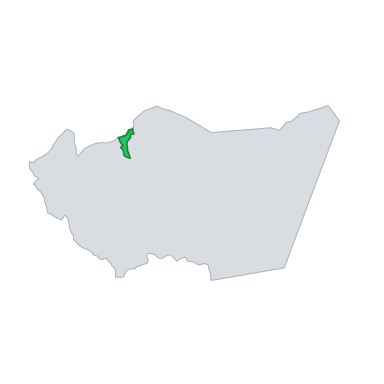 Haraze-Al-Biar, Hadjer-Lamis, Chad shown in context, rotated 81°
{"feature_id": "50815135B49730685193773", "entity_name": "Haraze-Al-Biar", "entity_type": "district", "adm_level": 2, "iso_a3": "TCD", "parent_name": "Chad", "parent_adm1": "Hadjer-Lamis", "projection": "robinson", "projection_center": [14.887, 12.589], "detail": "fine", "context": "in_parent", "style": "filled", "palette": "green", "viewbox_px": 384, "rotation_deg": 81, "n_neighbors": 0, "source": "geoboundaries", "source_scale": "gbopen_adm2", "svg_char_len": 5565}
<svg xmlns="http://www.w3.org/2000/svg" viewBox="0 0 384 384"><g transform="rotate(81 192 192)"><path d="M281.4,112.8L281.5,121.5L281.6,130.3L281.7,139.0L281.8,147.8L282.0,156.5L282.1,165.3L282.2,174.1L282.3,182.8L282.3,185.7L282.1,186.9L282.1,187.0L281.7,187.2L277.6,186.4L275.8,186.4L273.4,187.0L269.7,187.3L267.3,187.2L265.7,188.7L264.4,190.6L265.1,194.9L264.9,196.4L264.5,197.9L263.4,199.1L262.2,200.2L261.6,201.1L260.8,203.0L260.2,204.0L260.2,205.2L260.0,206.5L259.4,207.2L257.7,207.7L256.6,208.2L255.7,209.2L255.1,209.9L255.4,210.8L255.9,212.0L256.1,214.0L256.3,215.1L257.2,216.0L257.7,216.7L257.9,217.5L257.4,218.2L255.3,219.6L254.4,220.1L253.5,220.8L253.1,221.1L251.6,222.4L250.8,223.6L250.5,224.6L250.5,226.0L251.3,228.0L252.2,229.7L252.5,231.0L252.7,232.5L252.6,233.8L252.2,235.0L251.4,236.1L248.6,238.1L247.2,240.3L246.0,243.0L245.8,244.4L246.1,245.4L246.7,246.2L247.6,246.6L248.8,246.7L250.9,246.3L252.8,246.0L254.9,247.0L255.9,249.2L255.5,250.8L256.3,253.8L257.1,257.4L257.0,258.6L257.3,259.1L258.6,259.3L258.9,260.1L258.5,266.4L259.1,268.2L260.0,269.4L261.0,270.1L262.0,270.9L262.5,271.5L263.6,271.6L264.9,272.8L265.2,274.3L265.2,275.8L264.4,279.0L263.9,281.1L263.1,281.0L261.6,280.5L259.8,280.0L257.5,279.6L255.4,280.5L253.1,281.6L252.4,282.5L251.7,283.0L250.7,282.9L249.8,283.0L249.3,283.8L248.4,284.7L245.1,286.6L244.4,287.2L244.0,287.9L244.0,288.6L244.4,290.1L244.4,292.0L243.6,293.5L242.8,294.5L241.8,294.9L241.0,295.1L240.4,295.7L238.7,299.2L238.0,299.8L236.4,299.7L232.1,304.8L231.6,306.3L230.0,308.5L228.0,310.9L226.2,312.0L226.1,312.5L225.6,312.9L224.5,313.4L220.6,316.3L215.9,316.2L213.9,317.3L211.9,317.9L209.0,318.4L208.1,318.4L204.3,318.6L199.9,318.5L198.2,318.9L196.7,320.0L195.5,321.0L195.3,321.3L195.5,321.7L195.5,322.0L198.5,324.4L199.3,325.6L198.5,326.7L198.2,326.9L197.6,327.8L195.8,330.5L193.1,333.7L191.7,334.6L191.1,335.2L190.4,337.3L189.9,337.6L188.0,337.8L184.3,338.1L179.1,338.7L176.0,339.0L174.1,338.8L171.4,340.2L170.4,340.6L169.8,340.7L167.2,342.1L164.9,344.3L164.1,344.7L161.0,345.6L159.8,347.1L159.2,347.3L157.2,345.3L155.8,343.5L155.1,341.7L155.0,341.1L154.7,341.2L153.6,342.0L152.6,342.9L152.2,344.7L148.9,345.8L146.1,346.9L144.9,348.1L142.9,348.8L140.4,348.5L138.5,348.0L136.6,347.8L137.5,346.2L137.9,345.0L138.0,343.6L137.8,342.6L136.7,342.1L136.0,341.4L134.4,336.8L132.7,332.1L130.3,327.5L127.8,324.6L125.9,322.8L125.3,322.5L124.4,322.0L123.7,321.5L120.3,318.3L116.8,314.8L115.9,313.2L114.1,310.8L112.2,308.4L111.1,307.3L110.7,305.2L112.0,303.4L113.5,301.1L115.3,299.6L117.6,299.5L121.4,300.1L125.5,300.3L129.6,299.9L130.6,299.5L131.7,299.6L133.8,300.1L137.7,300.0L139.6,299.0L137.5,297.5L135.2,294.9L133.1,292.2L131.8,289.7L130.6,286.5L129.5,282.5L128.8,277.3L128.9,274.4L129.3,272.3L130.4,268.9L129.7,266.9L129.8,265.3L129.7,263.0L129.3,261.8L127.9,257.8L127.6,257.4L126.3,254.6L125.7,250.1L124.2,247.1L121.8,245.6L120.5,243.8L120.0,240.7L119.1,239.9L115.3,238.8L112.2,238.8L109.9,235.2L107.0,230.7L104.4,226.5L102.6,218.0L101.7,213.2L102.8,211.7L105.0,208.3L107.8,201.7L114.2,191.5L117.5,186.3L124.0,178.5L131.9,169.0L136.4,163.6L137.1,153.8L137.9,143.4L138.5,135.5L139.2,126.2L139.8,118.5L140.2,112.8L140.8,104.8L141.3,103.2L144.4,96.9L144.7,96.1L144.1,95.0L139.7,89.7L138.3,88.5L137.5,85.7L138.6,84.1L133.3,75.2L132.0,74.1L131.4,73.0L131.3,71.4L131.2,65.1L129.8,55.4L127.9,44.1L134.2,40.8L138.9,38.4L144.9,35.2L150.5,38.5L158.7,43.1L166.8,47.7L174.9,52.4L183.1,57.0L191.2,61.7L199.4,66.3L207.6,71.0L215.7,75.6L223.9,80.3L232.1,84.9L240.3,89.5L248.5,94.2L256.7,98.8L264.9,103.5L273.2,108.1L281.4,112.8Z" fill="#d9dde1" stroke="#a8b0b8" stroke-width="1"/><path d="M145.1,253.4L146.4,252.4L147.1,251.4L148.3,249.4L148.9,247.8L148.0,247.8L146.7,248.0L145.7,248.1L144.8,248.5L143.3,248.6L142.5,248.8L141.7,249.1L140.7,249.0L139.3,249.1L138.5,248.8L137.5,248.8L136.5,248.7L135.4,248.9L134.2,248.6L132.8,248.4L131.5,247.4L130.1,245.7L128.3,244.0L126.6,244.0L125.5,243.1L125.5,242.6L125.5,240.4L120.2,240.8L120.3,240.9L120.4,241.0L120.5,241.1L120.6,241.3L120.6,241.5L120.6,241.9L120.8,242.0L120.9,242.3L120.9,242.5L120.7,242.6L120.7,242.8L120.8,242.9L120.8,243.0L120.9,243.4L120.9,243.5L120.8,243.8L120.7,244.0L120.6,244.3L120.6,244.5L120.8,244.7L121.0,244.7L121.0,244.8L121.1,245.1L121.2,245.3L121.3,245.3L121.4,245.2L121.5,245.2L121.7,244.8L121.8,244.8L121.9,245.0L121.8,245.3L122.0,245.4L122.3,245.7L122.5,245.8L122.9,245.8L123.0,245.8L123.1,245.7L123.3,245.7L123.3,245.8L123.6,246.1L123.5,246.3L123.4,246.4L123.3,246.5L123.3,246.8L123.4,247.0L123.5,247.0L123.7,246.9L123.7,246.7L123.8,246.6L124.0,246.5L124.2,246.8L124.2,247.0L124.2,247.3L124.3,247.5L124.5,247.5L124.9,247.5L125.0,247.5L125.3,247.5L125.5,247.7L125.5,247.8L125.5,248.2L125.6,248.4L125.6,248.6L125.8,248.8L125.8,249.0L125.8,249.5L125.8,249.8L125.8,250.0L125.9,250.4L125.8,250.5L125.7,250.7L125.7,250.8L125.7,251.0L125.8,251.0L126.0,251.1L126.1,250.9L126.3,250.9L126.3,251.0L126.3,251.3L126.4,251.5L126.5,251.8L126.7,252.1L126.7,252.3L126.8,252.5L126.7,253.2L126.8,253.4L126.7,253.5L126.6,253.9L126.6,254.0L126.7,254.4L126.7,254.6L126.7,254.8L126.7,255.2L126.7,255.4L126.7,255.5L126.6,255.9L126.6,256.0L126.7,256.3L126.8,256.2L127.4,255.8L128.4,255.7L128.6,255.7L129.1,255.7L129.3,255.4L129.5,255.4L129.9,255.4L130.0,255.3L130.4,255.2L130.5,255.2L131.3,255.1L132.0,254.9L132.8,254.5L133.5,254.1L134.0,253.7L134.4,253.3L134.7,252.8L135.3,253.6L135.9,254.4L136.4,254.9L137.0,255.5L137.9,254.7L138.1,254.5L139.2,253.9L139.7,253.6L140.1,253.3L142.5,253.4L144.0,253.4L144.7,253.4L145.1,253.4Z" fill="#22c55e" stroke="#15803d" stroke-width="1.5"/></g></svg>